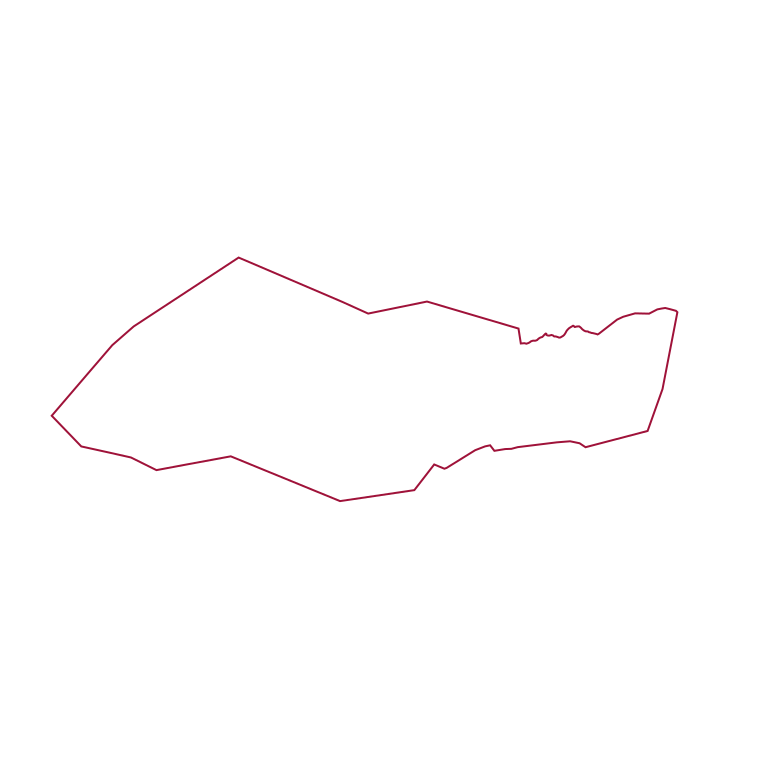 outline of Santa María Texcatitlán, Oaxaca, Mexico, rotated 225°
{"feature_id": "50627088B79643690823541", "entity_name": "Santa María Texcatitlán", "entity_type": "district", "adm_level": 2, "iso_a3": "MEX", "parent_name": "Mexico", "parent_adm1": "Oaxaca", "projection": "equal_earth", "projection_center": [-97.07, 17.719], "detail": "fine", "context": "isolated", "style": "outline", "palette": "rose", "viewbox_px": 768, "rotation_deg": 225, "n_neighbors": 0, "source": "geoboundaries", "source_scale": "gbopen_adm2", "svg_char_len": 1618}
<svg xmlns="http://www.w3.org/2000/svg" viewBox="0 0 768 768"><g transform="rotate(225 384 384)"><path d="M164.4,537.2L183.5,577.4L227.3,642.2L229.3,642.2L234.6,639.2L238.9,636.6L241.1,633.6L243.5,630.0L246.3,621.2L256.4,611.5L262.4,600.7L264.7,594.4L267.6,571.5L268.0,570.1L269.1,569.6L270.6,568.7L272.4,567.6L273.4,566.8L274.8,566.2L275.6,565.6L276.7,565.4L277.1,565.2L278.0,564.4L278.9,563.7L280.5,563.2L281.9,563.0L283.1,562.9L283.9,563.0L284.6,563.0L285.7,562.9L286.6,562.8L287.3,562.2L287.8,561.6L288.6,560.6L289.0,559.8L289.4,559.2L289.7,559.1L290.6,559.2L291.2,559.1L291.6,558.7L291.8,557.6L292.2,556.2L292.6,554.2L292.6,552.1L292.4,550.5L291.9,548.9L291.5,547.3L291.3,546.0L291.4,544.6L291.8,543.1L292.2,541.6L293.0,540.6L294.0,540.2L295.6,539.4L296.5,538.8L297.0,538.2L297.5,537.9L298.6,537.9L299.4,537.5L300.2,537.1L300.9,535.9L301.5,534.9L302.5,534.1L303.1,533.8L304.1,533.6L304.7,533.8L304.9,534.2L305.3,534.0L305.4,533.5L305.4,532.9L305.4,531.6L305.3,530.1L305.4,529.0L306.1,527.8L306.6,526.4L306.8,524.6L306.8,523.4L307.2,522.4L307.5,521.8L307.9,521.3L308.9,520.4L309.6,519.5L310.3,517.9L310.4,516.7L310.8,515.2L311.8,513.2L313.6,512.1L315.9,509.4L328.1,518.3L411.9,472.7L445.0,422.6L471.5,412.6L524.9,391.2L576.2,370.6L601.7,247.7L603.6,219.3L601.2,187.6L596.5,126.6L553.9,125.8L529.8,141.2L511.0,153.1L484.0,162.2L466.6,187.6L441.2,224.5L332.3,270.1L287.5,330.4L291.6,362.6L281.4,366.8L280.4,368.9L272.7,401.7L268.4,411.4L265.6,415.7L258.7,414.8L252.3,423.7L248.1,428.2L244.8,433.9L220.5,465.0L211.9,475.1L203.8,480.4L196.8,481.8L164.4,537.2Z" fill="none" stroke="#9f1239" stroke-width="2"/></g></svg>